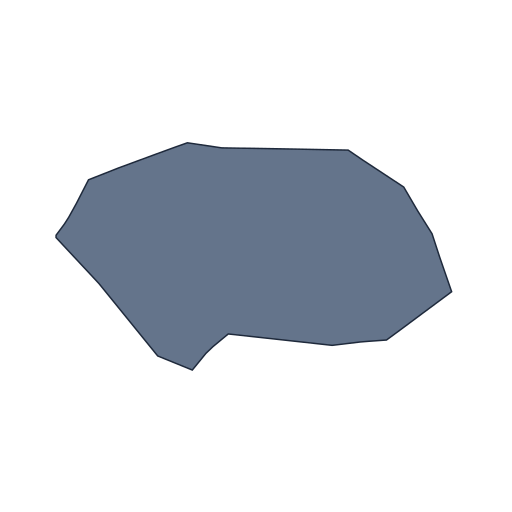 Herlen, Dornod, Mongolia, rotated 16°
{"feature_id": "93677404B55540968795469", "entity_name": "Herlen", "entity_type": "district", "adm_level": 2, "iso_a3": "MNG", "parent_name": "Mongolia", "parent_adm1": "Dornod", "projection": "natural_earth1", "projection_center": [114.567, 48.063], "detail": "fine", "context": "isolated", "style": "filled", "palette": "slate", "viewbox_px": 512, "rotation_deg": 16, "n_neighbors": 0, "source": "geoboundaries", "source_scale": "gbopen_adm2", "svg_char_len": 629}
<svg xmlns="http://www.w3.org/2000/svg" viewBox="0 0 512 512"><g transform="rotate(16 256 256)"><path d="M58.1,291.1L58.7,293.4L112.5,325.7L189.1,379.2L226.2,383.2L234.7,363.4L239.6,355.0L250.8,338.6L291.4,331.6L324.6,325.9L353.8,320.9L379.7,310.0L387.1,307.2L404.6,300.8L415.1,287.2L430.9,266.5L453.9,236.4L432.9,206.5L426.2,196.6L419.1,186.1L398.9,168.0L379.0,149.0L332.0,134.3L315.4,128.8L264.7,142.3L223.6,153.3L215.9,155.4L211.2,156.7L193.3,161.5L158.8,166.1L149.0,173.1L132.5,185.1L99.9,209.0L80.1,224.2L74.0,228.9L68.9,254.8L65.3,270.4L63.0,278.1L58.1,291.1Z" fill="#64748b" stroke="#1e293b" stroke-width="1.5"/></g></svg>